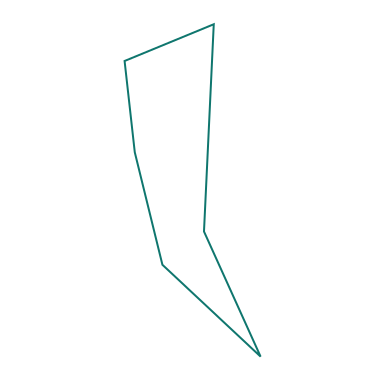 an SVG outline of Saint Paul Charlestown, rotated 88°
{"feature_id": "KNA-5108", "entity_name": "Saint Paul Charlestown", "entity_type": "Parish", "adm_level": 1, "iso_a3": "KNA", "parent_name": "Saint Kitts and Nevis", "parent_adm1": "", "projection": "mercator", "projection_center": [-62.607, 17.137], "detail": "fine", "context": "isolated", "style": "outline", "palette": "teal", "viewbox_px": 384, "rotation_deg": 88, "n_neighbors": 0, "source": "natural_earth", "source_scale": "10m", "svg_char_len": 246}
<svg xmlns="http://www.w3.org/2000/svg" viewBox="0 0 384 384"><g transform="rotate(88 192 192)"><path d="M58.7,254.8L25.1,164.4L231.9,181.4L358.9,129.2L263.7,224.1L150.3,247.8L58.7,254.8Z" fill="none" stroke="#0f766e" stroke-width="2"/></g></svg>